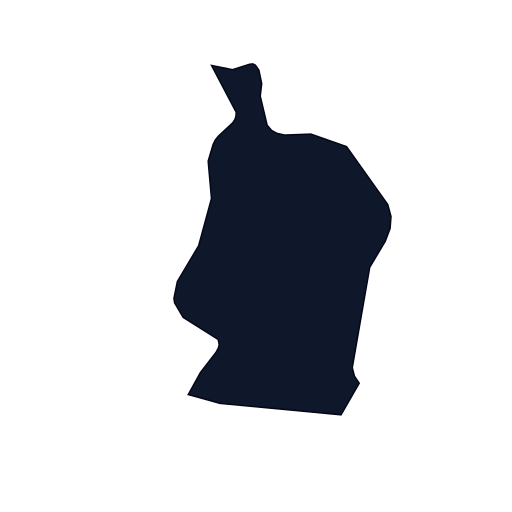 the London Borough (city) of Westminster, rotated 52°
{"feature_id": "GBR-2080", "entity_name": "Westminster", "entity_type": "London Borough (city)", "adm_level": 1, "iso_a3": "GBR", "parent_name": "United Kingdom", "parent_adm1": "", "projection": "orthographic", "projection_center": [-0.168, 51.508], "detail": "fine", "context": "isolated", "style": "filled", "palette": "ink", "viewbox_px": 512, "rotation_deg": 52, "n_neighbors": 0, "source": "natural_earth", "source_scale": "10m", "svg_char_len": 732}
<svg xmlns="http://www.w3.org/2000/svg" viewBox="0 0 512 512"><g transform="rotate(52 256 256)"><path d="M377.1,346.4L350.0,375.1L323.5,394.7L313.6,371.5L307.2,346.5L305.2,342.1L303.2,339.6L298.5,337.2L259.6,351.2L242.8,349.0L238.9,346.8L227.7,333.7L212.6,294.9L183.3,255.7L151.8,235.3L141.6,221.0L139.5,216.5L138.4,211.9L136.7,192.4L135.5,188.6L133.3,185.5L130.5,183.1L78.5,173.7L94.7,159.8L101.0,142.9L102.7,140.2L105.2,139.0L111.3,139.3L123.7,145.4L132.6,154.2L159.8,166.7L166.7,166.4L172.2,164.0L178.3,159.0L193.7,137.7L225.6,117.3L296.6,120.5L308.0,125.3L316.8,133.3L324.0,145.1L334.9,173.3L403.3,248.9L411.3,252.4L419.8,253.0L433.5,286.8L377.8,345.7L377.1,346.4Z" fill="#0f172a" stroke="#020617" stroke-width="1.5"/></g></svg>